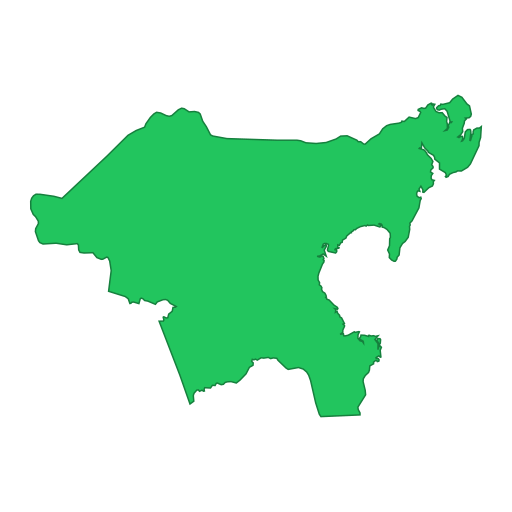 outline of Metuge, Cabo Delgado, Mozambique
{"feature_id": "85939544B43724113746926", "entity_name": "Metuge", "entity_type": "district", "adm_level": 2, "iso_a3": "MOZ", "parent_name": "Mozambique", "parent_adm1": "Cabo Delgado", "projection": "albers", "projection_center": [40.398, -12.923], "detail": "fine", "context": "isolated", "style": "filled", "palette": "green", "viewbox_px": 512, "rotation_deg": 0, "n_neighbors": 0, "source": "geoboundaries", "source_scale": "gbopen_adm2", "svg_char_len": 6104}
<svg xmlns="http://www.w3.org/2000/svg" viewBox="0 0 512 512"><path d="M190.0,404.0L193.8,401.2L193.3,395.6L194.0,393.3L196.8,390.1L198.4,389.9L199.5,391.3L202.0,390.2L203.5,391.2L204.4,391.0L204.1,389.4L204.7,387.7L210.5,388.0L212.4,385.3L215.1,385.5L216.2,383.4L217.2,383.0L221.2,384.7L223.4,384.3L225.2,382.4L227.5,381.8L231.1,381.6L236.3,383.0L240.0,380.1L246.0,373.9L249.4,367.3L253.0,365.3L253.2,362.9L251.7,361.4L252.3,359.3L253.9,359.8L255.5,359.1L257.3,360.1L261.1,357.8L263.8,358.1L268.3,357.4L270.7,358.6L273.2,357.9L276.8,358.3L278.0,360.3L286.0,368.0L288.2,369.4L298.5,367.5L303.3,369.1L306.7,372.0L308.7,375.2L310.6,380.6L315.7,402.9L319.3,414.2L320.9,416.6L360.0,414.9L360.0,412.9L358.2,409.5L357.9,407.1L365.6,394.8L365.2,390.3L363.1,381.6L363.3,378.8L365.3,375.5L368.5,372.5L369.4,370.2L369.8,365.9L373.6,363.8L373.5,362.2L375.7,360.4L376.5,360.5L377.3,361.6L378.8,361.2L379.1,359.9L378.3,358.6L376.2,358.3L376.0,357.6L378.8,355.8L380.3,357.2L380.9,357.0L380.2,350.3L381.4,347.3L380.3,346.0L378.8,346.5L377.9,349.7L378.0,343.7L374.9,339.5L378.0,335.8L375.3,336.4L373.7,335.7L371.0,336.0L369.4,335.3L368.6,335.4L368.6,336.5L364.7,335.3L361.0,335.1L360.6,336.8L359.4,338.5L360.2,339.5L362.9,340.9L363.4,341.9L363.5,343.1L362.4,341.5L360.0,340.8L357.9,338.3L358.0,334.8L359.4,331.8L358.9,331.6L355.0,332.4L354.3,331.8L348.2,335.2L345.2,335.9L343.8,335.8L343.4,333.8L340.1,334.3L342.8,332.4L342.8,330.1L344.5,326.3L344.5,325.5L343.0,324.1L344.4,323.5L341.6,317.9L339.8,316.8L339.6,315.3L337.7,313.3L337.0,311.3L335.4,312.3L335.8,309.6L334.8,308.7L337.5,309.2L337.9,308.5L337.3,307.3L334.0,305.1L329.1,300.0L326.8,299.2L326.5,297.8L325.7,297.5L326.3,296.3L325.8,294.9L324.8,293.1L322.5,291.6L321.5,289.1L321.9,287.8L321.0,286.1L319.3,284.8L319.6,282.7L318.1,280.0L318.0,276.3L318.9,272.9L322.5,264.0L323.8,262.2L324.1,260.6L323.2,259.7L323.9,258.6L323.1,256.3L321.2,255.8L320.8,256.8L319.7,257.1L317.1,256.3L319.6,256.0L323.2,253.9L326.2,256.1L324.2,250.1L326.2,246.6L326.3,245.2L325.7,244.9L324.1,245.7L321.9,248.0L323.2,244.2L324.3,243.5L326.5,243.5L328.4,244.4L328.5,245.6L327.4,250.0L328.3,251.4L335.6,253.0L336.7,251.7L336.7,250.0L336.4,249.5L335.1,249.9L334.9,249.4L335.7,248.6L338.8,248.2L339.0,247.7L337.7,247.2L337.8,244.8L339.3,245.4L340.7,242.9L342.2,242.3L342.5,240.1L345.9,238.1L346.7,236.0L350.3,232.9L351.4,232.7L351.4,231.9L353.1,230.9L353.9,229.7L355.5,229.7L356.6,228.5L360.2,226.7L364.9,225.5L366.1,226.1L367.6,224.9L368.4,225.5L374.1,225.1L379.9,227.0L381.0,225.4L378.8,224.0L379.4,223.5L381.2,224.0L382.2,225.3L382.2,227.1L384.2,227.6L387.1,229.5L390.2,233.3L390.4,237.4L389.7,238.7L389.5,245.7L387.7,250.0L389.5,254.0L389.3,257.6L391.6,260.0L394.1,261.3L395.4,261.2L396.9,259.0L397.1,257.3L399.1,255.0L399.9,247.8L402.5,243.5L405.1,241.5L408.2,237.3L409.7,229.4L409.5,226.3L410.2,225.0L409.8,223.2L412.0,220.9L418.9,207.9L420.2,200.4L421.2,198.7L420.8,197.2L419.1,197.7L417.0,196.1L416.6,193.9L417.0,192.1L418.0,190.8L419.8,191.3L419.0,189.0L420.9,186.2L422.9,189.8L422.8,192.1L423.9,192.4L428.8,187.7L432.4,186.0L433.4,183.8L433.3,181.7L434.3,180.4L431.9,179.8L431.1,178.1L431.3,175.6L432.8,173.4L430.5,172.0L430.8,170.0L433.1,167.8L433.0,166.5L431.7,164.6L432.9,161.5L431.1,158.4L427.6,155.0L425.5,151.4L423.8,149.8L419.2,148.5L419.6,147.9L421.3,148.3L421.9,142.9L424.9,148.1L428.0,151.2L428.3,152.3L433.5,155.3L434.6,157.4L434.8,159.2L439.5,162.9L439.5,169.1L445.3,172.6L446.5,175.2L445.4,176.5L446.1,177.3L448.1,176.5L449.5,174.3L453.0,172.6L456.1,171.9L457.5,170.9L461.4,171.0L467.6,167.3L470.4,163.9L479.0,145.7L479.1,142.3L480.6,137.6L481.3,126.6L479.4,128.1L476.9,128.1L473.7,129.9L473.1,131.9L473.3,133.9L471.8,134.4L471.9,136.0L470.5,140.5L469.9,140.3L470.9,132.4L470.6,130.1L470.0,129.4L467.5,129.6L465.3,131.9L464.3,138.3L462.6,140.8L461.7,141.1L462.8,138.9L462.4,136.4L460.9,136.3L459.0,137.6L457.7,137.0L460.8,134.6L462.7,131.7L462.4,128.2L464.2,123.4L464.5,120.9L466.3,119.0L465.4,118.1L469.2,117.7L470.7,116.3L471.3,114.1L469.5,105.9L466.9,103.9L461.9,97.3L458.0,95.4L452.6,99.1L449.7,102.7L442.9,104.4L440.8,104.1L440.3,105.4L438.7,105.7L436.7,107.6L436.6,108.7L437.7,109.8L439.4,110.1L440.8,109.3L444.7,108.7L447.1,111.2L450.0,120.9L450.6,121.8L451.8,121.9L451.3,122.6L449.7,122.3L449.5,123.5L448.2,124.9L448.7,127.4L447.2,130.1L445.0,130.6L447.4,128.4L447.3,123.8L446.6,121.7L447.0,117.4L445.2,116.3L442.2,112.7L439.0,112.8L436.0,111.5L433.6,107.7L433.6,106.3L434.8,104.3L433.2,104.0L432.3,105.1L431.6,104.6L431.8,103.4L431.2,103.1L427.9,104.9L425.6,108.2L423.8,108.4L421.6,107.8L418.2,109.4L418.1,110.5L420.2,111.5L420.7,112.5L418.2,117.6L415.5,118.6L409.1,117.1L404.3,121.5L401.9,121.1L401.6,122.2L399.2,123.1L390.3,124.4L386.6,125.7L382.7,128.8L379.4,133.9L371.0,138.8L365.1,144.2L363.6,144.0L360.7,141.7L358.2,141.7L356.9,140.2L347.2,135.8L340.7,136.1L336.1,139.0L326.2,142.5L316.2,143.5L305.9,142.8L300.8,140.8L296.9,140.2L276.8,140.2L226.9,138.6L212.7,136.0L210.5,134.8L206.4,126.8L202.7,121.2L200.2,114.0L198.5,112.4L194.5,111.5L189.1,111.9L184.2,108.7L181.6,108.2L178.3,109.8L171.8,115.6L169.2,116.3L166.2,115.6L160.7,113.0L156.6,112.3L153.9,113.9L150.4,117.4L145.9,123.8L144.6,127.2L136.2,130.5L128.0,135.3L107.3,155.8L62.0,198.4L53.9,196.3L40.1,194.3L36.0,194.2L33.5,195.8L31.7,198.2L30.7,201.3L30.8,208.8L33.3,214.5L35.6,216.7L38.3,221.1L38.4,223.6L35.7,228.6L35.4,231.6L38.5,240.7L39.9,242.6L43.0,244.0L56.1,243.2L66.7,244.8L77.3,243.6L78.4,245.0L78.7,249.9L80.0,252.4L84.0,253.0L92.9,252.7L96.9,257.6L101.2,259.3L102.8,259.2L106.7,257.1L107.9,257.4L109.7,261.0L111.2,270.6L108.6,291.3L125.2,296.5L128.2,298.7L129.9,303.5L130.9,303.3L131.7,302.3L133.5,302.0L138.9,303.6L140.2,298.9L141.2,298.1L143.0,298.8L144.6,300.5L147.8,301.1L155.4,304.3L157.3,301.9L163.0,299.7L165.7,299.5L167.7,300.3L170.3,303.4L176.3,306.5L175.4,307.2L173.0,307.4L172.2,311.3L168.7,314.1L167.8,317.7L166.3,318.0L163.8,316.8L163.2,317.2L163.9,320.1L163.3,321.1L159.1,321.2L179.9,375.2L190.0,404.0ZM380.0,338.7L377.8,338.6L376.8,340.2L378.8,343.4L378.4,345.4L379.3,345.0L380.3,343.2L380.6,339.7L380.0,338.7Z" fill="#22c55e" stroke="#15803d" stroke-width="1.5"/></svg>